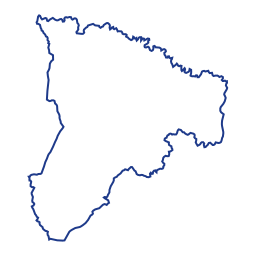 Perdizes, Minas Gerais, Brazil
{"feature_id": "56859067B83909655673095", "entity_name": "Perdizes", "entity_type": "district", "adm_level": 2, "iso_a3": "BRA", "parent_name": "Brazil", "parent_adm1": "Minas Gerais", "projection": "robinson", "projection_center": [-47.183, -19.429], "detail": "fine", "context": "isolated", "style": "outline", "palette": "blue", "viewbox_px": 256, "rotation_deg": 0, "n_neighbors": 0, "source": "geoboundaries", "source_scale": "gbopen_adm2", "svg_char_len": 5681}
<svg xmlns="http://www.w3.org/2000/svg" viewBox="0 0 256 256"><path d="M205.6,147.0L206.5,145.9L207.5,145.2L208.8,143.0L210.2,142.7L212.7,145.0L213.6,145.0L214.7,144.3L215.7,142.4L218.3,143.0L219.7,142.8L220.9,142.1L221.5,140.7L222.2,137.8L222.9,136.5L223.3,133.5L223.3,132.0L222.1,126.2L221.9,124.7L221.9,123.0L222.1,120.5L223.7,114.3L221.1,112.3L220.3,110.8L220.3,108.4L220.8,107.0L223.3,103.9L224.7,101.4L225.7,97.9L225.0,96.1L224.2,94.6L224.4,93.3L226.7,89.4L227.2,87.9L225.9,85.5L226.2,84.0L227.0,82.8L226.9,81.2L225.9,81.4L224.9,80.6L223.8,81.0L222.7,81.0L221.8,80.0L222.9,78.5L222.9,77.1L221.4,76.2L219.4,77.0L218.5,76.2L217.5,75.6L215.6,75.6L213.5,76.0L212.6,75.1L212.0,72.8L209.7,73.1L208.8,72.1L208.3,70.8L205.3,71.5L204.3,70.9L203.2,71.0L202.0,71.6L201.0,74.3L198.8,77.2L197.5,77.2L197.1,75.5L196.1,75.3L195.2,76.5L193.9,76.2L192.5,76.3L191.3,76.1L190.5,75.6L191.1,73.3L191.2,71.5L191.1,69.8L189.6,69.0L189.2,71.0L188.6,71.8L186.2,72.9L185.2,72.6L184.5,71.8L185.1,69.1L184.6,68.2L183.5,69.4L182.8,70.3L181.9,71.0L181.4,70.1L181.3,67.3L181.5,65.9L180.4,65.6L179.2,66.2L178.1,65.7L177.5,64.4L176.8,63.6L175.9,64.7L173.1,66.9L172.2,64.2L171.4,63.0L171.0,61.3L171.2,60.1L171.9,59.1L172.2,57.8L170.5,58.3L169.3,57.7L169.0,56.3L168.1,56.3L167.4,57.6L166.0,57.5L165.5,55.9L164.5,54.6L164.3,52.9L165.3,52.1L165.9,51.2L165.5,50.0L164.5,49.2L163.2,49.3L161.3,50.5L161.1,49.2L160.6,48.3L159.4,47.6L155.6,47.3L155.1,46.4L154.3,45.9L153.3,46.4L153.4,48.7L152.8,50.2L151.6,50.9L150.0,50.1L149.0,47.4L148.0,46.7L146.0,47.5L144.8,47.2L144.5,46.2L144.7,45.1L147.5,43.5L148.3,42.6L148.1,41.0L149.3,40.0L149.1,38.8L147.8,38.5L144.3,40.4L144.0,38.7L142.7,38.4L141.1,40.5L141.1,37.2L139.7,37.2L138.7,37.8L137.9,39.4L136.7,40.6L136.2,39.3L136.2,38.1L135.4,38.6L134.4,38.4L134.1,37.3L133.2,36.7L132.9,38.2L132.4,39.5L131.1,40.1L128.8,38.6L127.9,37.5L126.1,36.6L126.7,35.0L125.8,34.2L123.4,34.2L122.5,33.7L122.2,32.4L121.4,31.4L118.8,31.2L117.7,31.4L116.9,29.3L116.2,28.2L114.2,29.2L113.4,28.6L113.2,27.0L111.9,27.5L111.1,28.6L110.1,29.4L109.6,27.7L109.9,25.6L109.5,24.5L108.1,23.2L107.1,23.0L106.0,23.5L103.8,25.0L103.0,26.5L101.7,26.9L100.6,27.8L99.5,27.1L99.0,25.8L95.2,25.4L93.1,23.9L88.0,25.5L87.3,27.0L86.1,27.6L84.0,29.6L83.7,30.9L84.2,32.6L83.2,33.7L82.2,33.9L81.0,33.8L76.8,33.3L76.4,32.1L77.4,30.9L78.3,29.4L78.1,27.8L78.3,26.7L78.8,25.4L78.3,24.0L77.4,23.0L76.8,19.6L76.1,18.7L75.0,18.3L74.1,18.5L73.4,19.2L72.4,19.6L71.5,18.7L71.0,17.2L69.7,17.0L67.3,17.6L66.2,17.2L65.2,17.4L64.3,18.5L64.6,20.4L64.0,21.5L62.8,21.6L62.2,19.8L61.2,19.0L60.0,19.2L57.9,20.3L56.7,20.3L55.3,19.8L52.8,17.9L50.1,19.4L48.2,21.1L47.2,20.8L46.5,18.4L45.3,18.0L42.1,19.4L41.1,18.2L40.1,15.9L39.1,15.4L38.1,16.6L37.3,21.1L36.6,22.3L37.1,23.8L38.3,23.8L40.0,24.9L40.7,27.9L41.5,29.3L41.6,30.5L42.9,31.2L43.5,32.9L44.7,34.0L45.5,35.2L45.9,36.4L47.1,36.9L47.7,38.1L47.5,40.0L48.8,41.7L48.2,43.1L49.3,43.8L48.3,47.6L49.1,50.2L49.3,53.0L53.0,55.2L53.1,59.7L51.2,61.3L49.9,63.6L49.5,68.1L48.9,69.8L47.5,72.4L47.9,76.1L48.6,80.0L47.4,91.0L46.9,99.6L49.4,101.1L50.7,100.9L51.8,100.3L53.3,100.3L54.5,100.9L55.1,103.5L56.1,104.3L56.7,105.1L57.1,106.1L57.4,111.2L59.2,114.5L59.6,116.3L59.5,117.4L59.7,118.8L60.6,121.3L60.8,123.0L63.5,126.8L62.6,128.3L60.2,131.3L57.7,135.8L56.7,138.6L55.0,142.1L53.0,146.8L50.4,152.1L48.7,154.2L48.1,155.4L46.9,158.7L45.3,162.1L44.0,166.5L41.5,173.3L40.6,173.9L38.4,174.0L36.9,174.7L34.0,174.3L31.6,174.8L30.5,175.4L29.8,176.6L28.8,176.7L29.5,178.0L29.4,179.4L29.5,180.5L30.5,180.6L31.2,181.6L31.0,183.0L30.6,184.3L30.6,186.2L31.9,187.1L33.4,187.1L34.3,187.8L31.6,192.9L31.7,194.1L32.9,197.0L32.2,200.8L32.5,202.1L33.6,202.8L34.3,204.0L33.5,205.5L31.8,206.4L32.3,207.7L33.3,209.2L35.1,214.1L36.1,215.3L36.8,216.8L38.1,217.7L37.5,219.1L36.5,220.4L37.4,221.3L38.7,221.6L39.6,222.3L39.5,223.5L40.0,225.0L42.6,227.2L42.8,228.3L43.3,229.2L45.5,230.9L46.7,231.1L47.9,231.8L47.5,233.3L47.7,235.0L48.5,236.1L49.2,239.5L50.3,238.8L57.2,240.3L62.7,240.6L64.5,240.4L69.3,231.8L70.4,230.8L72.1,229.7L75.3,228.0L79.8,227.0L80.8,226.5L82.8,225.2L85.6,223.0L88.1,219.9L90.6,215.5L91.9,214.8L92.9,213.7L92.4,211.7L93.2,210.7L95.2,209.4L99.3,208.2L102.9,204.8L104.4,204.1L105.4,204.3L106.7,204.9L107.7,203.7L109.0,202.8L108.2,200.3L104.8,198.3L103.9,197.5L104.7,197.0L106.6,197.3L107.4,196.5L107.9,195.0L109.4,192.4L109.5,189.9L110.7,186.3L113.2,182.0L113.8,180.4L113.8,178.4L114.7,177.7L116.9,176.7L117.7,175.5L120.6,173.4L122.6,170.7L124.1,170.2L125.1,169.3L128.0,170.2L128.8,169.0L131.0,167.0L132.1,167.1L134.4,170.5L135.6,171.3L136.7,174.1L138.0,174.9L140.0,175.3L141.2,174.9L142.7,175.0L143.6,175.6L145.7,176.2L146.8,177.0L148.7,177.2L150.4,176.5L150.0,173.7L150.8,172.7L151.9,173.9L152.8,173.7L153.1,171.8L154.0,170.7L155.4,170.4L155.7,171.6L156.5,172.3L156.6,170.8L157.5,169.9L160.1,168.7L161.7,168.9L162.8,168.5L163.3,167.7L163.3,166.5L164.3,165.2L164.3,163.7L163.2,162.9L162.2,161.4L162.8,160.3L163.3,157.8L164.0,156.9L165.6,155.8L167.1,156.2L168.7,156.1L169.2,154.6L169.2,153.2L168.9,151.7L170.3,151.5L172.4,150.1L172.3,149.0L171.6,147.9L171.4,146.3L169.1,145.0L168.8,143.6L168.9,142.4L165.8,141.1L164.5,140.2L164.8,138.6L165.7,138.0L166.6,137.7L167.0,136.3L167.6,135.3L168.5,135.1L169.0,134.2L170.2,133.6L171.4,133.9L172.1,134.6L173.0,134.2L174.6,134.5L176.2,134.4L177.1,132.9L177.4,131.5L177.9,130.3L178.7,129.4L180.9,130.0L182.7,132.2L184.1,132.3L184.9,133.3L186.4,134.3L187.8,134.8L188.7,134.3L190.5,132.9L193.5,133.7L194.5,134.5L194.7,135.8L194.3,137.2L195.0,138.2L196.3,139.0L196.2,140.7L195.7,142.3L196.5,143.9L197.6,145.7L199.6,144.7L200.4,143.9L200.9,143.0L201.7,142.3L203.1,142.2L204.2,143.4L203.8,144.9L204.4,147.2L205.6,147.0Z" fill="none" stroke="#1e3a8a" stroke-width="2"/></svg>